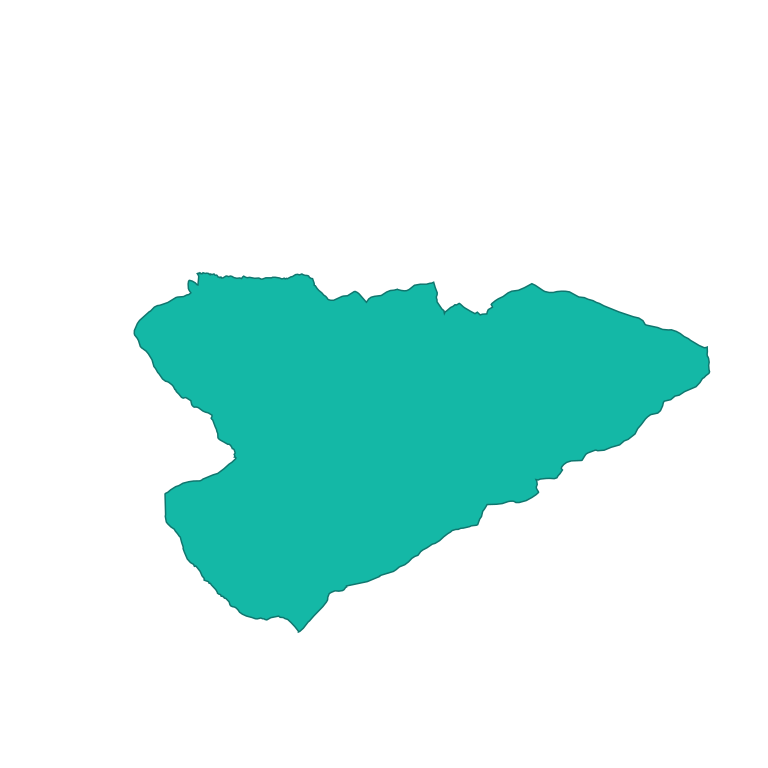 the district of Barsau, Satu Mare, Romania, rotated 138°
{"feature_id": "2599482B93689648054040", "entity_name": "Barsau", "entity_type": "district", "adm_level": 2, "iso_a3": "ROU", "parent_name": "Romania", "parent_adm1": "Satu Mare", "projection": "albers", "projection_center": [23.225, 47.589], "detail": "fine", "context": "isolated", "style": "filled", "palette": "teal", "viewbox_px": 768, "rotation_deg": 138, "n_neighbors": 0, "source": "geoboundaries", "source_scale": "gbopen_adm2", "svg_char_len": 6171}
<svg xmlns="http://www.w3.org/2000/svg" viewBox="0 0 768 768"><g transform="rotate(138 384 384)"><path d="M543.1,519.8L542.7,519.4L543.4,517.3L543.2,513.7L543.4,509.6L542.7,507.9L540.9,507.0L540.2,506.2L538.7,500.9L540.6,497.5L540.9,496.3L540.8,494.5L540.4,493.7L538.9,492.5L537.8,490.7L536.7,485.2L535.6,482.7L533.9,480.1L532.7,476.0L533.7,474.8L535.3,474.3L535.5,473.1L535.4,471.8L538.0,465.3L538.9,462.4L539.9,460.6L540.7,458.4L543.4,455.1L543.5,453.5L543.2,452.0L540.4,443.7L539.4,442.9L539.1,441.1L539.5,438.7L540.0,437.5L539.3,436.4L539.3,435.5L540.6,432.6L541.2,432.1L542.4,432.0L543.0,430.2L544.1,429.8L543.6,429.2L543.5,428.1L544.6,427.7L549.4,427.6L552.8,428.1L559.8,428.1L567.5,428.8L571.7,430.8L582.2,434.5L584.0,434.6L585.8,435.3L590.3,439.2L594.3,441.9L599.8,444.8L604.3,445.7L607.5,447.1L613.3,448.1L617.1,448.2L619.6,448.9L620.3,448.8L633.7,433.1L635.1,432.0L638.1,427.1L638.3,424.9L638.0,420.3L637.0,416.5L637.5,414.3L637.6,411.0L638.0,407.7L637.8,406.6L640.4,401.6L642.3,397.2L643.5,396.0L644.9,392.5L647.3,385.5L647.3,380.8L646.2,377.3L646.9,375.5L646.7,375.1L645.8,374.8L645.6,374.1L646.0,367.8L647.6,363.1L647.7,359.9L648.9,358.6L646.7,354.5L647.3,352.9L646.4,352.0L646.7,350.2L646.6,343.8L647.1,341.1L647.7,339.9L647.5,339.4L647.5,338.7L646.4,336.9L647.0,335.2L645.8,334.0L645.9,333.1L645.6,332.6L645.9,331.7L645.0,330.5L644.9,327.4L644.9,325.7L646.1,323.2L646.4,321.9L645.7,320.1L644.3,318.2L643.8,316.7L643.6,314.2L644.0,311.0L643.3,307.8L641.5,303.6L638.4,298.9L636.7,295.7L635.4,294.3L632.1,292.5L631.4,290.9L630.1,289.5L630.0,288.6L628.9,287.1L624.5,286.1L617.6,282.0L617.3,280.1L615.1,277.8L614.6,276.0L613.1,273.5L612.7,268.9L612.6,263.3L613.0,257.5L613.5,257.0L612.0,256.5L607.3,256.5L599.6,257.9L597.9,257.8L591.3,258.6L578.4,259.5L572.7,260.5L570.4,261.3L568.4,263.2L564.9,264.9L562.5,264.4L558.8,263.1L556.2,260.3L553.0,258.2L551.3,257.9L548.6,258.5L547.5,258.2L547.0,259.0L528.6,248.3L516.0,243.9L515.8,244.3L514.0,243.8L502.4,238.4L499.2,237.9L494.9,237.8L489.5,235.8L484.8,235.4L479.9,235.8L476.3,235.2L473.4,234.0L469.0,234.9L466.2,234.7L461.5,233.5L455.3,232.7L452.7,231.4L447.5,230.4L441.9,230.5L436.7,230.1L433.6,229.5L431.4,229.5L428.0,227.9L426.1,226.3L423.5,225.4L421.4,223.8L415.8,220.7L414.0,220.2L409.8,217.2L408.5,216.8L403.2,219.6L400.2,220.3L395.9,223.3L392.5,224.0L388.0,225.4L380.9,219.4L376.1,216.0L370.3,213.5L368.6,212.4L366.7,210.8L365.9,209.7L365.3,207.7L362.9,205.5L356.3,202.2L350.0,200.7L345.1,200.0L341.8,200.0L341.3,200.7L340.9,203.2L340.4,204.7L339.7,205.6L337.4,206.8L335.5,209.6L335.0,211.3L333.6,209.5L331.5,208.8L326.7,205.3L324.1,203.1L320.8,199.7L318.3,198.6L315.9,199.4L313.3,199.6L308.9,200.7L308.9,202.4L307.4,203.5L304.2,203.9L300.6,203.5L296.2,201.5L288.5,195.1L287.8,194.8L282.0,196.5L280.4,196.7L278.5,196.3L271.5,193.6L270.7,193.0L269.8,191.4L264.7,187.5L257.6,185.0L249.6,181.1L243.6,181.0L239.6,179.5L230.9,178.9L225.2,181.1L220.1,181.7L213.0,183.1L209.9,183.2L206.3,182.8L200.0,179.2L196.4,179.2L191.6,181.3L188.8,183.3L187.2,183.7L181.4,180.5L175.8,180.3L172.1,178.2L165.7,177.2L153.9,173.2L148.2,173.7L143.6,175.0L142.0,174.6L139.1,174.8L135.4,174.5L133.9,175.2L132.8,177.3L130.2,180.7L127.8,182.6L125.7,185.8L125.1,187.3L125.2,188.0L124.0,189.9L122.1,191.6L119.1,195.2L120.1,195.5L121.8,196.7L124.1,201.9L127.0,211.3L127.5,214.1L129.2,218.4L130.1,223.3L131.6,227.5L134.1,231.9L136.5,233.9L140.5,238.2L142.8,242.8L149.6,252.2L150.1,253.5L149.2,257.8L150.5,262.5L153.7,267.1L161.2,280.4L168.3,295.0L170.0,299.7L171.6,302.5L172.9,306.1L175.7,310.5L177.3,314.1L181.0,318.3L184.5,328.3L187.0,331.4L190.0,334.2L193.7,337.0L196.9,338.7L200.1,341.6L202.5,345.0L203.2,346.8L205.5,356.0L207.0,359.6L215.2,361.6L221.4,363.7L227.0,367.5L230.8,368.7L237.0,369.3L242.0,370.8L245.6,371.4L250.0,371.6L251.2,371.3L251.5,369.5L252.0,368.5L256.7,369.5L258.8,368.6L260.7,367.3L264.1,370.0L266.3,371.0L266.6,374.9L269.3,375.4L271.0,380.0L273.0,386.4L273.4,388.1L273.8,392.4L274.2,393.6L277.2,394.2L278.2,395.4L280.6,395.5L283.4,396.3L288.9,396.4L290.1,396.7L291.9,396.0L290.4,398.5L290.8,401.0L289.6,409.6L288.2,411.2L287.6,412.7L286.7,413.8L284.8,414.8L283.4,416.2L281.4,421.4L279.0,426.4L281.4,427.2L282.4,428.1L285.6,429.7L290.3,433.9L295.3,437.0L302.1,437.4L304.7,438.2L306.5,439.6L308.6,442.0L310.6,445.0L310.6,445.4L313.6,446.9L316.7,449.2L320.5,450.6L326.8,451.6L332.4,455.5L335.5,457.1L338.4,457.4L342.4,456.5L342.2,467.5L342.5,469.6L343.4,471.9L344.2,472.6L352.1,474.0L355.2,476.4L356.7,477.2L365.4,479.9L367.6,481.9L368.8,483.8L369.0,484.6L368.7,486.3L368.7,488.2L369.3,490.4L369.2,493.3L369.8,497.2L369.8,499.7L369.3,502.9L369.8,504.0L368.5,505.6L366.6,510.1L367.5,511.2L368.1,513.1L367.8,514.3L367.9,515.1L368.6,516.2L370.0,517.6L371.0,519.4L371.4,520.7L373.9,521.7L374.8,523.3L376.6,524.5L380.2,525.1L381.4,525.9L385.4,526.9L385.8,527.8L387.2,528.2L387.2,529.2L387.4,529.5L388.7,529.9L389.7,530.6L390.7,532.7L393.5,536.2L395.3,537.8L396.6,538.2L400.8,542.0L404.5,543.5L405.1,544.2L406.1,546.5L409.4,549.1L412.5,553.2L414.4,554.4L415.3,555.7L416.1,558.0L417.4,558.1L419.3,557.7L420.2,559.3L422.6,561.0L424.3,563.5L425.0,565.7L425.9,567.0L427.7,567.8L428.5,569.3L429.1,569.9L432.7,570.6L433.8,571.5L433.5,572.3L433.7,572.7L434.8,572.8L435.0,573.8L435.7,574.4L435.4,576.5L435.7,577.1L436.6,577.7L436.9,578.6L436.7,579.5L438.6,580.4L439.2,581.7L440.0,581.4L440.3,581.9L440.2,582.3L440.5,582.8L440.3,583.1L440.6,583.8L441.7,585.1L442.9,585.8L444.1,587.8L444.9,587.5L445.6,587.8L446.0,588.6L446.6,588.9L446.3,589.6L446.4,589.9L447.3,589.8L447.6,590.5L448.9,591.0L449.2,589.1L449.8,587.8L456.0,582.1L456.5,582.9L456.6,585.5L457.6,588.7L459.1,591.1L459.5,591.3L460.5,591.1L462.6,589.4L465.5,585.8L466.1,584.1L466.5,581.0L467.0,580.9L469.3,581.1L470.9,582.1L474.5,583.1L479.2,586.7L480.8,587.5L490.1,589.2L497.9,592.5L500.0,593.9L503.2,594.8L509.1,594.4L509.8,594.8L523.1,594.8L526.7,594.0L533.7,590.8L535.8,588.6L536.5,587.3L536.8,582.9L537.4,580.5L540.0,574.9L539.9,572.8L538.8,567.8L538.9,564.1L540.2,557.2L543.3,550.9L543.4,548.5L544.4,544.0L544.4,542.0L545.2,535.9L544.5,532.3L543.4,530.7L542.8,529.1L542.1,525.2L542.2,523.0L543.1,519.8Z" fill="#14b8a6" stroke="#0f766e" stroke-width="1.5"/></g></svg>